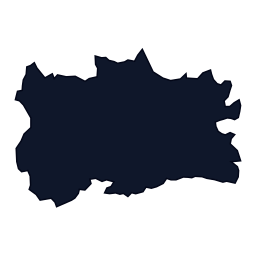 outline of Nova Alvorada, Rio Grande do Sul, Brazil
{"feature_id": "56859067B88553950142054", "entity_name": "Nova Alvorada", "entity_type": "district", "adm_level": 2, "iso_a3": "BRA", "parent_name": "Brazil", "parent_adm1": "Rio Grande do Sul", "projection": "albers", "projection_center": [-52.161, -28.706], "detail": "fine", "context": "isolated", "style": "filled", "palette": "ink", "viewbox_px": 256, "rotation_deg": 0, "n_neighbors": 0, "source": "geoboundaries", "source_scale": "gbopen_adm2", "svg_char_len": 1674}
<svg xmlns="http://www.w3.org/2000/svg" viewBox="0 0 256 256"><path d="M26.8,66.9L26.2,74.4L23.3,79.9L22.5,85.8L22.2,90.4L17.5,91.3L15.4,99.7L19.5,100.8L23.5,105.0L30.9,117.9L30.9,127.6L24.1,134.0L21.1,141.1L16.2,148.4L16.8,161.7L18.5,168.7L21.6,171.7L27.8,170.5L30.2,176.1L30.6,185.2L29.2,189.4L36.2,194.5L40.1,200.1L51.2,198.2L55.0,202.2L56.6,206.7L71.5,200.2L74.8,198.1L78.3,193.4L79.3,189.3L84.9,190.0L91.0,183.6L89.8,179.2L95.7,178.3L102.0,181.4L106.5,179.8L114.0,181.8L111.0,186.6L106.9,188.0L104.6,192.9L109.6,193.6L115.6,192.9L119.9,194.2L123.4,193.4L127.9,196.5L131.6,192.7L135.7,193.7L143.0,191.7L146.0,187.1L151.4,188.2L156.6,186.7L163.2,183.4L166.6,178.4L171.0,179.8L176.0,179.8L183.3,177.0L187.9,177.2L191.8,177.7L195.1,176.3L202.1,176.7L206.8,178.3L214.5,179.6L222.9,182.1L226.6,181.2L235.1,183.1L238.2,176.9L238.6,170.5L237.4,166.7L231.1,161.7L240.6,160.8L237.3,150.6L230.2,143.9L231.2,138.7L234.7,134.6L230.1,132.6L225.3,134.9L221.8,133.8L218.1,131.3L215.9,126.5L215.3,122.0L219.8,120.2L223.4,119.2L227.2,117.9L231.0,118.3L234.6,119.6L238.3,117.5L239.7,111.4L240.6,105.5L239.1,99.8L234.1,102.8L229.9,106.5L225.2,106.6L224.1,100.8L228.0,96.8L229.9,90.3L231.5,85.5L230.1,81.3L224.9,81.0L221.0,85.0L217.1,83.7L213.4,79.5L211.5,74.2L210.5,70.0L202.9,72.9L197.6,78.8L186.4,78.1L186.0,73.7L180.4,79.0L170.6,80.6L162.9,78.1L153.1,71.9L142.3,49.3L137.8,55.1L134.5,61.3L127.9,60.0L124.6,61.9L117.6,63.3L114.0,61.6L108.9,60.4L105.8,57.5L101.5,57.8L95.2,56.0L95.6,64.4L97.7,68.2L97.1,76.8L89.2,78.6L85.1,81.4L75.2,76.3L66.2,76.8L57.5,74.9L54.2,78.6L52.3,73.8L44.9,77.9L36.9,68.0L34.3,62.7L30.5,65.6L26.8,66.9Z" fill="#0f172a" stroke="#020617" stroke-width="1.5"/></svg>